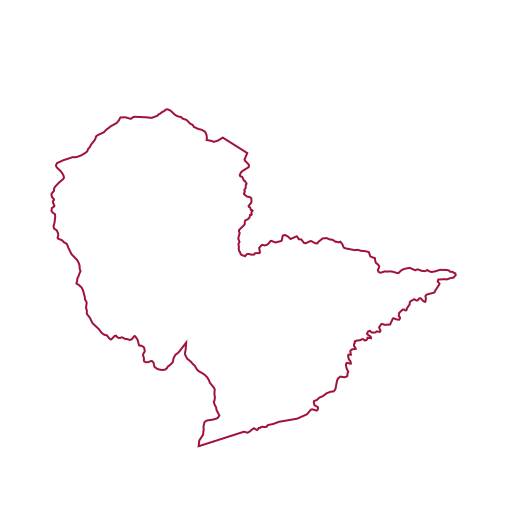 outline of Santiago, Putumayo, Colombia, rotated 345°
{"feature_id": "7082276B6069538576370", "entity_name": "Santiago", "entity_type": "district", "adm_level": 2, "iso_a3": "COL", "parent_name": "Colombia", "parent_adm1": "Putumayo", "projection": "orthographic", "projection_center": [-76.991, 1.09], "detail": "fine", "context": "isolated", "style": "outline", "palette": "rose", "viewbox_px": 512, "rotation_deg": 345, "n_neighbors": 0, "source": "geoboundaries", "source_scale": "gbopen_adm2", "svg_char_len": 6064}
<svg xmlns="http://www.w3.org/2000/svg" viewBox="0 0 512 512"><g transform="rotate(345 256 256)"><path d="M86.6,116.1L86.1,117.5L87.0,119.9L89.0,122.9L90.2,125.8L90.9,128.4L90.8,130.7L89.9,131.6L83.8,134.6L79.7,137.2L78.5,138.5L77.7,140.8L74.8,142.8L74.3,143.8L74.2,146.2L75.5,149.0L75.4,149.5L74.0,150.5L73.8,152.5L74.3,155.3L73.8,155.9L71.2,156.9L70.1,159.4L70.8,161.4L72.6,163.5L72.3,165.8L70.0,171.7L68.2,174.6L68.1,175.8L68.0,177.1L70.2,179.8L70.7,183.3L70.1,185.4L69.0,187.2L69.3,188.0L72.7,190.6L74.2,193.3L75.5,194.3L76.5,195.7L76.9,199.7L78.3,206.6L82.2,213.6L83.0,217.1L83.1,219.6L82.4,222.5L82.5,225.3L80.3,228.0L79.6,229.3L77.6,231.5L76.8,233.8L75.5,235.8L75.5,236.3L77.4,238.1L79.3,241.2L80.0,244.1L80.0,251.0L79.6,253.7L80.3,256.1L80.3,257.5L78.4,262.0L78.5,264.9L77.6,268.1L79.6,272.8L80.6,278.4L85.3,286.0L87.0,290.4L89.3,293.0L91.4,294.0L92.8,297.3L93.8,298.8L94.2,299.1L95.6,298.6L98.6,296.7L99.8,296.7L100.3,296.8L100.6,298.0L102.1,299.5L103.4,300.0L105.1,299.8L106.1,300.3L108.3,302.4L109.7,302.7L112.5,304.5L114.6,304.2L117.5,302.0L118.1,301.9L118.6,302.4L119.9,306.1L119.9,312.1L120.3,312.5L121.6,312.7L122.9,313.8L123.8,314.7L124.2,315.8L124.0,318.8L123.5,319.7L121.7,321.4L121.2,322.6L121.3,325.8L120.7,327.6L120.7,328.9L122.3,330.2L124.3,330.6L127.7,330.3L128.6,330.8L129.4,332.6L129.2,336.8L131.4,339.5L133.7,340.9L136.1,341.9L139.0,342.2L140.7,341.5L142.1,340.0L144.4,339.2L148.1,337.1L150.1,333.1L152.6,330.6L155.8,329.3L157.6,328.1L166.1,321.6L163.7,328.5L162.3,331.3L162.0,333.0L162.9,337.3L165.9,341.5L167.1,344.2L168.4,346.0L169.6,350.4L171.0,352.6L173.9,355.4L175.7,357.5L177.5,360.7L178.4,363.9L178.6,366.4L181.4,372.7L181.6,374.2L180.1,378.5L179.7,382.0L178.4,385.0L177.6,385.7L177.5,386.8L177.6,389.3L178.3,391.8L178.0,394.5L179.3,400.6L177.3,402.4L175.8,402.8L172.2,402.9L166.3,402.2L164.3,402.6L163.0,403.5L161.0,407.5L160.6,409.9L158.6,414.9L153.4,419.6L151.4,424.9L198.9,422.6L202.1,424.5L204.5,423.9L207.6,422.4L209.5,421.9L211.9,424.4L213.1,423.8L214.0,422.8L215.6,423.1L216.6,422.5L217.6,422.5L220.8,423.7L222.5,423.5L222.9,422.8L224.0,422.4L229.2,422.7L235.3,422.1L253.7,423.8L264.2,422.1L269.3,418.6L270.8,418.7L274.5,421.0L275.6,420.6L276.6,419.1L276.6,417.9L273.9,415.3L273.9,412.2L274.4,411.2L277.5,410.8L280.6,409.2L284.3,408.7L288.5,406.9L293.3,406.4L295.6,406.9L297.1,406.2L298.4,404.9L302.1,397.2L303.7,395.4L306.3,394.3L309.9,396.0L312.4,395.9L313.3,395.3L313.9,393.2L315.1,391.7L314.4,387.6L314.7,384.2L315.7,382.9L316.6,382.8L319.1,384.4L319.8,384.5L320.0,382.3L319.0,380.0L319.0,376.5L319.8,375.2L322.1,375.9L322.4,372.4L323.1,371.6L324.6,371.1L328.3,371.5L328.3,370.7L327.4,368.3L327.9,366.5L329.0,365.4L329.3,364.0L331.6,363.8L334.5,364.3L337.2,363.8L338.2,364.3L339.4,365.9L341.1,365.6L342.1,364.8L342.6,363.8L345.7,365.2L346.0,364.3L345.7,363.3L343.2,360.4L343.3,359.4L344.7,358.0L346.5,357.7L348.3,360.1L351.3,360.7L353.2,360.1L355.9,361.4L356.9,360.5L356.4,356.9L359.2,354.3L360.3,354.3L362.5,355.8L367.8,356.9L372.0,351.8L372.7,351.7L375.6,353.8L377.9,354.6L379.0,353.4L379.1,352.3L378.4,351.3L379.1,348.7L379.7,347.9L383.9,345.7L385.2,346.1L385.9,347.1L386.7,347.4L387.7,346.9L388.1,345.7L391.9,342.5L392.6,340.4L393.5,339.7L397.7,338.7L399.0,340.1L399.7,340.6L400.7,340.7L402.5,339.3L403.3,339.2L404.2,339.6L406.2,343.2L407.4,344.1L408.2,343.2L409.2,340.7L409.2,338.8L409.9,337.9L411.6,337.4L418.0,337.5L419.3,337.1L420.2,335.8L425.2,331.4L426.1,330.3L424.9,327.6L426.0,325.9L432.6,327.3L434.0,328.0L438.4,327.7L441.2,328.0L444.0,326.1L444.0,324.3L442.6,323.4L441.9,322.3L439.2,321.3L438.6,319.9L436.7,318.9L430.2,317.0L425.0,317.2L421.4,316.9L418.8,315.2L417.9,313.9L416.0,314.3L414.7,314.2L412.3,313.3L409.0,310.9L408.0,310.7L406.1,311.0L401.5,307.3L397.5,306.9L394.3,307.0L391.9,307.8L389.2,309.4L388.5,309.3L383.5,306.3L381.0,305.4L378.8,305.1L376.4,304.2L372.8,304.4L371.3,304.1L370.3,303.1L370.1,301.0L371.7,299.2L372.2,298.3L372.2,297.3L371.8,296.1L370.1,293.7L369.9,291.9L370.3,288.9L366.9,286.5L366.2,285.5L366.1,281.8L365.7,281.2L361.7,279.1L359.1,278.4L356.0,276.4L352.9,275.9L344.1,271.6L342.9,270.5L342.5,267.2L341.2,264.0L339.4,264.2L337.6,263.1L336.6,263.0L335.0,261.0L333.5,259.8L331.3,259.0L328.9,257.0L324.9,256.3L320.1,258.4L318.5,259.7L316.6,259.1L313.1,255.8L312.1,255.7L307.1,256.6L305.7,255.7L304.0,251.7L301.6,250.9L301.2,248.9L300.4,247.5L293.7,248.5L292.0,245.6L289.8,243.5L288.9,243.1L287.1,243.3L284.8,247.8L284.4,248.0L278.3,248.0L274.7,245.3L273.9,245.3L271.1,247.4L269.4,248.0L267.2,248.1L265.2,247.0L264.3,246.9L261.1,249.1L260.8,253.5L259.9,254.1L256.5,253.2L255.7,253.2L254.4,254.1L253.8,254.0L251.4,253.3L249.7,252.2L248.2,251.8L247.0,252.2L245.3,253.4L242.1,251.0L241.6,249.7L241.6,248.0L241.1,247.3L241.2,244.2L241.8,243.0L242.1,240.0L243.7,238.1L243.4,234.4L246.2,229.5L245.9,228.0L246.2,226.8L247.2,226.0L252.5,223.1L253.3,222.3L254.3,219.4L254.8,218.9L257.8,218.3L259.7,217.2L260.8,214.9L262.3,215.1L262.7,214.5L262.5,214.0L262.9,212.6L264.4,211.4L264.2,210.8L263.0,210.3L262.9,207.6L261.9,206.8L261.8,205.6L265.0,203.5L265.8,202.0L266.3,199.4L266.0,198.2L264.9,197.3L262.6,196.2L260.5,193.3L260.4,192.7L261.9,191.0L261.7,189.8L262.0,189.0L263.5,187.8L264.6,184.7L265.6,183.8L264.8,180.9L263.9,180.1L263.1,175.9L261.4,174.9L261.3,173.5L263.2,171.3L265.5,170.2L271.9,168.3L272.7,166.5L272.5,165.5L270.0,161.0L269.9,159.8L274.2,154.3L254.5,133.0L249.1,134.7L244.7,134.8L243.0,133.4L238.3,131.2L239.1,129.3L239.5,126.7L239.2,123.6L238.8,122.7L236.3,120.1L232.9,118.2L229.3,115.1L228.9,113.1L226.7,111.2L224.1,106.6L220.4,104.1L219.8,102.5L217.7,101.5L215.6,100.0L214.2,98.5L211.1,93.5L208.6,91.4L206.4,91.3L204.7,92.4L202.7,92.6L200.2,93.7L198.6,94.0L197.1,95.0L191.0,95.6L186.1,93.7L175.1,90.2L173.3,90.0L171.2,91.0L170.3,91.0L165.9,88.3L161.2,87.1L160.2,87.7L158.9,89.3L155.8,91.5L149.6,93.0L143.6,95.5L141.2,97.1L134.3,98.3L132.4,99.1L131.5,100.8L129.8,102.6L125.5,105.7L123.7,107.8L121.5,109.2L120.1,111.2L118.8,111.9L113.5,113.5L108.9,114.0L106.7,113.8L104.7,113.1L94.9,113.6L87.8,114.8L86.6,116.1Z" fill="none" stroke="#9f1239" stroke-width="2"/></g></svg>